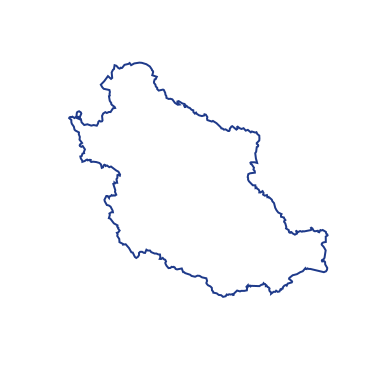 Tsaratanana, Betsiboka, Madagascar, rotated 140°
{"feature_id": "10022922B96360954496738", "entity_name": "Tsaratanana", "entity_type": "district", "adm_level": 2, "iso_a3": "MDG", "parent_name": "Madagascar", "parent_adm1": "Betsiboka", "projection": "robinson", "projection_center": [47.615, -17.138], "detail": "fine", "context": "isolated", "style": "outline", "palette": "blue", "viewbox_px": 384, "rotation_deg": 140, "n_neighbors": 0, "source": "geoboundaries", "source_scale": "gbopen_adm2", "svg_char_len": 6045}
<svg xmlns="http://www.w3.org/2000/svg" viewBox="0 0 384 384"><g transform="rotate(140 192 192)"><path d="M166.7,333.0L168.1,333.0L168.7,334.2L168.8,337.3L169.8,338.9L172.8,336.3L174.0,336.4L176.7,335.2L179.8,330.7L181.3,330.7L181.9,334.8L188.0,333.3L192.9,332.8L193.4,329.8L193.3,327.8L189.7,323.2L190.6,321.4L192.2,320.1L193.0,318.7L194.0,318.8L196.4,314.7L196.7,312.0L197.3,311.4L197.4,310.4L196.6,306.9L196.9,305.8L198.8,306.9L203.0,305.6L204.2,306.7L206.5,307.3L207.1,308.9L209.6,309.2L212.0,308.1L214.5,304.4L215.4,304.0L216.6,304.6L217.3,306.1L218.7,305.9L219.9,304.9L222.3,304.0L224.3,306.5L226.5,307.6L228.6,311.1L231.5,312.6L231.8,316.3L230.3,319.2L230.9,319.8L229.6,321.6L226.4,323.2L226.0,324.4L226.6,326.4L228.3,327.0L229.4,326.6L231.5,324.6L231.7,323.7L230.2,321.9L231.3,320.0L233.0,323.4L233.0,324.2L234.5,324.2L235.2,326.6L236.1,326.7L236.6,327.4L237.7,327.9L238.6,327.6L238.2,324.7L239.5,323.1L240.2,321.5L240.5,318.0L241.9,315.3L241.8,314.0L240.3,310.3L241.6,309.0L242.5,306.3L244.5,304.4L244.7,300.2L247.0,300.4L248.0,300.0L248.3,299.2L247.8,297.8L246.2,297.5L246.6,293.5L249.2,292.1L249.7,291.1L251.2,291.8L253.5,290.4L254.7,291.0L255.6,289.2L255.9,286.6L256.6,285.6L254.3,284.7L252.0,284.5L251.4,284.1L251.5,283.3L249.5,282.3L249.0,281.6L250.0,280.9L249.9,279.8L248.3,278.8L246.1,276.5L244.3,273.8L244.0,271.7L245.6,268.5L244.3,268.1L242.5,269.2L241.6,269.2L241.2,268.5L241.4,267.4L240.1,267.0L239.4,264.2L237.7,263.6L236.2,257.1L235.3,254.9L235.9,251.6L236.8,250.9L237.6,252.7L238.3,252.9L240.1,250.8L241.6,250.4L243.4,247.2L244.4,248.1L245.3,248.1L245.4,249.1L246.0,248.5L247.1,248.8L249.6,242.7L250.9,241.6L251.8,238.6L253.4,238.8L253.9,239.7L255.0,240.0L255.5,241.3L257.0,241.1L258.2,241.8L259.4,240.8L259.3,243.2L260.2,244.0L264.1,242.3L264.8,240.9L265.6,236.8L264.4,235.2L263.8,233.1L264.8,228.7L265.6,227.3L266.7,228.3L269.1,228.6L269.7,227.2L272.5,225.4L271.7,224.1L272.0,218.2L270.5,214.3L271.6,213.5L271.4,212.0L272.1,211.5L272.2,209.0L274.3,208.5L275.8,209.0L276.1,207.5L277.5,206.4L277.9,202.8L279.8,200.2L278.2,196.5L278.6,196.0L276.4,194.6L276.3,189.5L277.2,184.8L276.3,183.7L277.5,179.0L277.1,177.3L275.0,177.1L273.0,177.8L271.8,179.4L270.2,179.5L268.7,178.3L268.0,176.4L267.1,175.5L264.0,177.1L263.5,175.6L261.8,174.2L261.9,172.2L260.2,168.9L258.8,167.7L257.9,165.8L256.7,164.7L258.3,162.2L259.7,161.5L258.7,160.5L256.8,160.3L256.8,158.7L256.1,157.3L256.5,155.5L258.0,154.9L258.4,154.1L258.9,152.0L258.9,148.8L257.3,147.7L255.7,147.8L254.7,146.5L254.1,146.4L253.7,145.2L254.0,143.6L253.2,142.3L249.0,140.0L250.3,136.3L249.5,135.5L249.4,134.3L246.6,129.8L246.3,128.0L244.1,125.1L241.6,124.4L240.1,122.9L239.2,120.2L236.5,116.7L237.6,114.2L239.5,113.1L239.7,112.5L239.7,110.3L238.6,107.9L238.4,105.9L239.9,103.8L239.8,102.1L240.4,101.2L238.2,98.5L237.7,96.0L236.0,94.2L235.6,91.7L233.2,90.5L231.3,91.2L230.6,90.0L229.3,89.8L228.2,88.5L226.7,87.8L226.8,86.7L226.3,86.4L225.3,87.2L220.8,87.5L219.1,85.0L217.8,84.6L215.6,82.7L213.2,81.4L211.7,82.8L211.2,84.4L209.0,84.7L209.6,83.4L207.8,83.1L207.8,82.0L206.9,82.0L200.9,76.6L198.4,76.3L197.2,75.6L195.8,76.1L195.8,75.2L195.2,74.6L195.2,73.6L195.9,72.6L195.0,72.4L195.2,70.6L194.7,69.9L194.6,68.3L195.7,67.5L196.3,65.9L195.9,64.1L196.8,63.2L193.6,63.1L192.4,62.0L191.0,62.3L190.5,60.4L188.9,59.6L186.7,60.6L186.3,59.8L185.4,60.2L184.7,59.7L183.2,60.7L181.3,60.9L179.7,60.4L179.6,59.4L177.5,60.3L173.7,58.6L173.0,58.9L172.8,59.8L173.5,63.1L172.7,63.6L168.4,63.5L164.4,61.6L160.6,61.0L158.1,60.1L154.4,60.7L154.6,60.2L153.7,59.2L152.8,59.4L152.0,58.0L150.8,57.0L142.5,45.8L140.3,45.1L138.5,45.7L137.2,46.9L136.5,50.9L135.1,52.8L135.1,53.9L136.9,55.1L136.7,55.9L136.1,56.3L134.3,55.9L132.8,56.4L127.1,61.4L126.4,65.2L126.5,68.3L125.6,69.1L123.9,69.0L121.6,67.7L118.2,71.9L116.1,71.6L115.6,72.6L116.0,73.7L115.1,75.4L116.3,78.9L117.4,79.2L118.1,80.3L120.4,79.4L120.9,80.1L120.4,80.6L120.5,81.4L123.1,82.9L123.7,84.2L123.2,86.8L123.6,88.0L124.0,88.0L124.3,86.8L125.4,86.4L131.7,89.9L132.2,90.7L133.3,90.9L134.3,92.6L136.8,93.2L137.1,95.8L138.3,92.7L140.6,93.2L141.6,95.9L141.6,97.4L142.1,97.8L142.9,97.6L143.4,98.2L143.4,99.1L142.4,100.6L143.4,103.7L142.3,104.5L140.7,108.0L140.6,110.0L139.9,110.5L138.5,110.5L138.4,112.5L138.0,113.4L139.7,115.8L138.8,117.0L137.6,117.5L139.1,120.8L139.0,123.6L138.4,126.4L136.3,130.8L136.4,133.2L135.8,134.8L136.2,137.6L136.8,138.4L136.5,139.0L137.6,139.6L136.6,141.5L138.6,142.4L139.2,144.3L137.8,145.3L137.4,147.3L139.8,147.6L140.7,148.4L139.9,149.1L139.4,151.0L140.0,153.0L139.7,153.9L140.8,154.2L139.2,156.4L141.1,158.1L141.5,163.6L141.1,165.4L140.0,166.7L139.8,167.6L137.4,169.5L135.5,169.0L131.4,166.4L130.5,167.7L130.5,169.7L128.9,170.8L128.5,174.8L128.9,175.7L128.4,176.9L127.8,176.9L125.0,174.6L123.4,172.4L121.5,176.6L118.6,181.1L117.0,181.6L113.5,184.8L112.2,184.5L111.5,184.9L111.1,185.7L111.4,187.3L110.9,187.9L107.4,188.2L106.0,189.6L104.2,192.0L104.7,194.3L104.2,196.4L105.3,196.8L107.3,199.9L108.6,199.9L109.3,203.7L111.4,204.5L111.5,207.7L113.6,208.5L114.6,210.5L115.0,212.7L115.5,212.8L116.7,211.2L117.9,211.3L118.8,216.5L119.6,216.8L122.3,216.2L123.6,215.0L124.4,214.9L125.1,215.5L126.0,218.4L127.5,219.3L127.8,221.0L128.6,221.8L128.4,223.5L129.0,229.0L130.3,233.0L131.5,233.2L134.0,237.2L133.4,238.5L132.1,239.5L131.7,242.3L132.5,243.5L133.5,242.8L135.6,243.8L137.3,246.2L138.1,248.9L137.9,250.2L139.4,250.2L139.5,252.4L138.5,253.8L139.5,255.3L139.7,258.0L140.5,259.0L140.8,261.4L142.4,261.3L142.9,261.7L142.5,263.2L141.3,263.1L141.1,264.2L142.4,265.9L143.8,270.2L145.0,270.7L145.7,269.8L145.4,267.1L146.8,268.0L147.8,271.3L147.5,275.6L148.7,277.4L150.0,278.2L151.1,280.5L150.0,282.0L149.8,283.6L148.8,285.2L148.0,288.3L148.4,289.1L152.3,291.1L152.5,293.2L151.7,294.2L151.9,296.1L151.0,297.8L151.0,299.8L150.5,300.7L148.2,302.3L147.3,301.8L144.9,302.9L147.4,307.0L144.6,308.9L144.2,309.9L144.4,310.9L144.0,311.6L143.6,315.2L144.8,319.2L147.4,323.2L149.1,324.9L153.6,327.6L157.1,328.3L156.9,330.9L158.4,331.0L162.0,332.8L165.7,332.0L166.5,332.4L166.7,333.0Z" fill="none" stroke="#1e3a8a" stroke-width="2"/></g></svg>